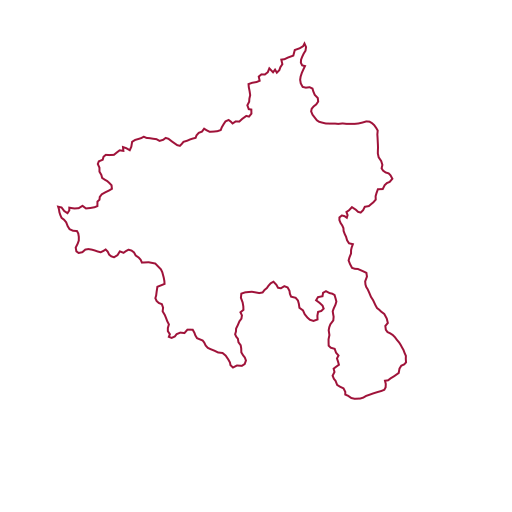 Raul Soares, Minas Gerais, Brazil, rotated 66°
{"feature_id": "56859067B17735283433426", "entity_name": "Raul Soares", "entity_type": "district", "adm_level": 2, "iso_a3": "BRA", "parent_name": "Brazil", "parent_adm1": "Minas Gerais", "projection": "albers", "projection_center": [-42.376, -20.024], "detail": "fine", "context": "isolated", "style": "outline", "palette": "rose", "viewbox_px": 512, "rotation_deg": 66, "n_neighbors": 0, "source": "geoboundaries", "source_scale": "gbopen_adm2", "svg_char_len": 5825}
<svg xmlns="http://www.w3.org/2000/svg" viewBox="0 0 512 512"><g transform="rotate(66 256 256)"><path d="M294.4,368.5L296.5,366.4L296.5,362.9L295.1,360.3L295.2,356.3L297.3,352.7L295.4,348.6L297.6,343.8L301.1,343.5L303.8,343.7L307.1,343.3L309.2,341.3L311.5,339.1L314.0,338.5L317.3,338.4L320.3,337.4L322.5,335.5L325.7,332.4L328.7,329.9L331.0,326.0L334.7,324.2L339.2,323.4L342.7,323.1L345.3,323.7L348.5,322.4L348.3,317.9L350.6,313.6L350.1,310.3L347.4,307.7L344.2,307.5L341.4,308.2L338.1,308.6L334.4,307.1L331.3,306.3L327.7,307.1L324.2,306.2L321.6,306.9L319.0,306.9L316.8,305.0L314.2,303.7L311.8,300.8L308.9,297.7L307.3,294.8L304.5,293.0L301.1,293.1L300.1,289.4L296.9,288.1L293.0,287.1L288.1,286.8L284.4,284.7L284.8,280.7L286.0,277.1L287.0,274.3L288.8,271.6L291.2,268.1L292.0,264.8L290.5,262.0L289.7,259.1L288.3,256.8L286.9,253.7L286.6,250.5L290.6,249.1L294.0,248.8L295.6,246.4L295.1,242.4L297.6,239.9L301.5,239.6L304.3,240.4L307.4,240.5L310.3,236.8L313.7,235.8L317.1,236.3L321.0,237.4L324.8,235.2L329.0,235.2L333.1,234.1L336.2,232.7L338.7,229.9L339.0,225.6L335.5,224.2L332.3,222.0L332.8,218.7L331.6,215.6L328.4,215.4L324.6,217.0L320.9,219.1L318.8,216.1L319.8,211.6L316.9,209.7L316.6,206.4L319.8,203.9L321.4,201.7L323.6,200.1L327.3,200.6L330.3,201.1L332.8,203.2L335.5,206.3L337.7,208.4L340.2,209.1L343.1,209.8L346.3,211.6L348.6,215.8L350.8,218.0L353.4,219.8L358.1,221.1L361.6,223.6L364.6,224.9L367.5,226.1L370.2,225.0L372.8,221.9L376.9,222.2L380.5,221.1L382.5,223.7L385.7,224.0L389.1,224.5L389.8,228.0L390.5,230.9L393.9,231.5L396.5,234.7L399.9,234.8L402.4,234.1L406.8,234.3L409.6,232.4L412.5,229.9L416.4,229.7L418.9,230.8L421.2,228.7L424.5,226.7L426.6,223.9L427.6,221.3L428.6,218.8L429.0,215.6L428.6,212.3L428.9,208.9L429.2,204.8L429.7,200.5L430.3,196.3L430.4,193.2L428.7,191.0L425.7,189.5L422.4,188.9L423.3,185.9L422.5,182.7L422.0,178.7L420.9,173.2L417.2,170.7L415.3,167.9L415.3,164.7L414.2,162.2L410.9,161.0L408.2,159.7L405.1,159.7L401.8,159.5L398.8,159.8L396.0,160.0L393.3,160.4L389.9,161.4L386.7,162.1L383.8,163.2L381.2,164.9L379.0,166.8L376.2,167.4L372.5,166.3L370.8,162.8L366.3,162.0L361.1,162.4L357.7,164.3L355.2,165.3L352.8,166.6L349.6,166.9L344.0,167.0L340.1,167.6L335.7,167.5L331.9,167.5L329.2,167.9L326.5,167.6L323.6,166.6L319.9,163.0L316.3,162.0L313.7,164.2L311.5,166.2L309.3,168.2L307.9,170.9L305.9,173.1L301.5,173.4L297.7,173.2L295.3,171.2L292.4,168.2L289.2,166.7L287.1,165.1L284.6,162.7L282.2,165.9L278.7,166.4L275.0,165.9L272.0,166.0L268.8,165.8L266.1,164.8L263.2,164.8L260.3,165.3L257.1,165.2L254.7,164.1L253.9,161.1L255.6,158.9L258.0,157.5L255.9,155.7L252.6,155.5L252.1,152.5L250.4,148.5L254.3,146.0L257.2,144.8L258.9,142.7L257.7,139.5L255.3,136.6L256.3,132.6L255.4,129.6L254.7,127.0L253.2,123.7L250.0,122.4L247.5,120.3L244.6,117.5L246.4,113.0L243.6,109.6L242.6,106.7L242.7,103.8L240.9,100.0L237.0,100.3L234.5,101.2L232.4,103.6L229.7,105.2L227.0,105.6L224.2,103.5L220.2,103.0L215.7,103.8L211.9,103.0L209.3,101.8L206.7,100.5L204.0,99.4L200.1,97.9L197.3,96.8L194.3,95.7L190.9,93.8L188.0,94.1L184.5,94.8L181.8,96.0L179.4,97.7L177.9,100.5L177.4,104.4L176.6,108.5L175.5,111.9L173.9,115.6L172.2,119.4L170.1,123.0L168.8,127.1L167.1,130.1L165.6,133.6L163.3,138.4L160.9,141.5L159.0,143.8L156.8,145.2L154.0,145.9L149.9,146.9L146.3,146.8L144.1,145.2L142.8,142.5L142.0,139.3L140.2,136.4L136.8,135.3L132.7,136.8L128.9,136.7L126.0,136.3L123.6,138.4L122.5,142.0L120.5,144.6L116.5,144.9L113.0,144.0L110.3,142.3L107.3,139.6L104.8,136.8L102.4,134.0L100.6,136.3L97.7,136.4L95.0,135.0L92.8,132.8L90.4,130.0L88.6,127.3L85.5,125.3L81.6,125.3L83.5,127.6L84.0,131.5L83.6,136.8L88.1,140.4L87.7,146.0L87.8,149.9L86.9,153.0L91.5,153.9L93.4,156.9L95.7,159.1L97.0,162.4L93.5,162.8L95.1,165.7L92.6,166.6L90.0,167.5L92.9,170.5L93.8,174.1L92.3,177.2L93.2,180.5L97.4,181.4L97.3,184.7L96.2,189.1L95.9,192.9L98.8,193.9L102.8,194.8L106.7,195.9L109.5,198.0L112.3,199.5L114.8,202.6L118.9,202.9L120.3,200.7L124.1,202.3L125.8,205.7L124.1,207.9L125.1,212.7L126.4,216.6L124.8,219.8L125.4,223.5L122.9,224.4L120.6,225.7L120.6,229.1L122.3,231.8L124.5,234.9L126.6,237.0L126.3,240.4L125.1,244.1L123.7,247.8L120.9,250.1L118.6,251.6L120.4,254.8L120.2,258.2L121.6,261.3L123.5,263.1L123.0,266.0L122.7,268.7L122.7,271.9L122.2,275.8L123.4,278.2L124.4,280.7L122.7,282.9L120.2,284.4L117.2,286.2L113.3,288.3L111.4,290.5L112.1,293.5L111.6,297.3L108.8,299.4L107.1,302.2L105.0,305.4L103.6,308.0L101.4,310.0L101.6,312.9L101.3,315.6L100.8,319.2L101.3,322.7L105.5,325.5L108.0,328.3L104.7,330.7L102.4,333.2L106.0,334.4L104.0,337.6L104.7,340.6L105.8,344.7L104.1,349.0L102.5,352.1L103.3,354.9L105.7,356.9L105.6,361.1L107.6,363.1L111.6,363.1L115.3,364.7L119.0,364.3L122.1,364.8L124.8,363.1L127.1,361.4L129.6,360.3L132.6,359.2L136.0,360.3L136.4,363.7L136.5,367.5L136.9,371.8L138.5,374.7L140.9,376.1L141.8,378.7L145.9,380.6L145.8,383.6L144.8,387.7L143.4,392.0L139.6,394.1L140.2,398.5L138.8,402.4L137.4,404.7L135.9,406.9L138.4,408.0L140.2,410.8L136.9,412.9L132.6,413.9L130.5,416.7L133.1,417.0L136.1,417.8L139.0,418.1L142.1,418.1L144.8,416.6L148.0,415.7L152.2,415.9L155.7,415.4L158.5,412.9L160.4,409.4L163.1,409.2L166.5,410.1L169.8,411.6L172.2,413.9L175.0,417.3L178.7,418.2L181.1,416.8L181.9,413.1L180.7,409.3L181.5,406.3L183.4,403.4L185.4,401.0L187.4,398.9L189.4,396.4L189.3,393.3L188.9,390.7L191.7,389.7L195.0,389.6L197.4,388.4L199.4,386.2L198.9,382.2L196.4,378.5L199.2,375.7L198.6,372.7L198.4,369.9L200.4,367.5L203.1,366.0L206.6,365.7L209.7,363.8L212.5,362.9L215.6,362.9L216.9,359.6L218.0,356.7L220.0,353.8L221.9,351.1L225.7,349.7L229.5,348.3L232.7,348.2L235.2,348.6L238.3,349.1L241.6,349.9L244.3,350.9L244.2,354.2L244.0,358.6L248.2,361.3L251.5,363.3L253.6,365.1L256.7,365.1L259.4,363.9L261.7,361.6L265.4,361.9L268.6,363.8L272.8,363.3L276.1,363.4L279.2,363.6L283.1,363.4L285.9,365.8L288.8,367.1L292.4,366.5L294.4,368.5Z" fill="none" stroke="#9f1239" stroke-width="2"/></g></svg>